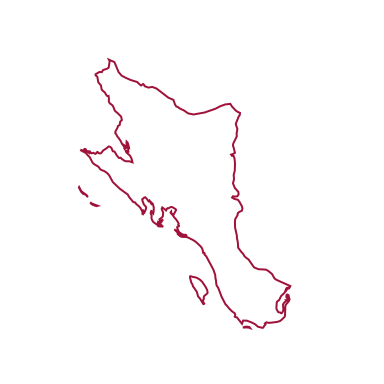 outline of Quintana Roo, rotated 118°
{"feature_id": "MEX-2736", "entity_name": "Quintana Roo", "entity_type": "State", "adm_level": 1, "iso_a3": "MEX", "parent_name": "Mexico", "parent_adm1": "", "projection": "albers", "projection_center": [-87.753, 19.756], "detail": "fine", "context": "isolated", "style": "outline", "palette": "rose", "viewbox_px": 384, "rotation_deg": 118, "n_neighbors": 0, "source": "natural_earth", "source_scale": "10m", "svg_char_len": 6080}
<svg xmlns="http://www.w3.org/2000/svg" viewBox="0 0 384 384"><g transform="rotate(118 192 192)"><path d="M168.5,288.4L166.9,287.3L163.5,288.4L161.4,287.7L158.7,290.0L157.2,294.9L156.7,297.7L155.8,299.1L153.6,301.6L152.9,302.8L152.2,306.4L151.5,307.6L150.6,308.2L148.5,309.2L146.5,310.7L146.8,310.9L147.0,312.0L146.8,312.8L145.0,315.8L144.3,319.1L143.6,320.2L140.7,322.3L139.3,325.9L138.6,326.7L135.0,329.4L134.6,330.0L134.3,331.6L133.9,332.2L133.2,332.4L129.4,330.0L128.5,327.9L126.1,327.8L122.7,324.6L121.2,324.0L115.2,326.1L114.2,327.5L113.7,321.5L120.6,313.1L122.3,308.7L122.3,304.0L121.9,298.7L120.6,292.0L121.6,288.7L121.8,286.9L119.6,285.9L119.9,284.6L120.8,283.5L120.3,279.6L117.9,276.4L117.3,271.9L119.8,257.2L119.4,251.6L122.7,248.1L123.8,246.2L123.6,243.6L124.0,242.5L123.8,237.0L124.4,232.3L122.8,227.0L115.9,218.2L107.5,210.4L103.0,207.3L99.1,203.8L96.2,199.5L97.7,196.9L99.5,191.7L99.8,189.3L99.6,186.8L101.4,186.0L103.8,186.2L111.4,185.3L115.1,181.5L119.6,180.0L121.8,178.6L129.7,178.3L130.9,178.0L132.1,177.4L132.7,176.6L137.2,172.5L139.0,173.5L140.6,175.0L141.3,173.7L140.7,172.2L142.3,170.3L146.5,167.5L153.2,164.2L157.2,163.3L161.0,160.9L165.1,159.9L168.3,156.1L170.2,151.1L172.1,149.8L174.4,149.9L175.8,151.7L176.5,153.8L178.1,154.0L178.2,151.1L177.3,147.9L178.4,145.5L181.2,141.2L182.9,139.7L185.2,139.2L187.1,140.7L189.1,141.6L191.3,140.9L195.6,141.1L197.4,140.5L203.3,137.2L209.1,132.2L211.5,130.7L215.2,127.7L219.5,125.1L221.7,120.5L222.6,117.8L224.1,115.4L224.7,113.1L225.0,110.5L229.4,101.9L229.0,97.2L225.8,90.2L225.9,87.4L226.9,82.7L229.6,78.6L229.9,76.1L228.9,61.0L231.5,61.0L232.6,62.3L233.5,62.4L232.6,62.9L232.2,62.9L232.0,62.4L231.5,62.4L232.2,63.3L233.5,63.4L236.6,63.0L238.1,63.2L242.1,64.5L246.4,64.3L248.7,65.4L250.0,65.2L255.1,62.9L255.8,62.2L257.6,59.4L257.0,57.5L257.2,56.5L257.0,56.1L256.0,55.7L254.4,55.7L252.7,56.2L248.7,58.8L247.0,58.8L244.0,57.8L243.5,58.3L243.1,56.8L241.9,57.4L240.1,58.9L238.7,59.4L238.9,59.8L239.2,59.9L238.5,60.2L238.0,60.0L237.7,59.3L237.8,58.4L241.1,55.4L243.3,55.3L247.6,56.3L249.6,55.7L257.3,51.9L258.8,51.6L263.6,53.2L264.8,53.9L266.8,55.9L270.6,61.3L271.7,63.3L272.0,64.9L272.4,65.3L273.8,65.9L274.1,65.0L274.7,64.9L276.2,65.4L278.0,65.4L278.8,65.8L280.0,70.5L279.1,74.4L279.2,78.1L279.8,83.0L281.5,86.5L284.9,86.0L281.6,93.5L282.1,95.1L282.0,95.7L281.5,95.6L279.7,96.5L279.0,97.4L278.6,100.6L277.4,104.6L275.7,108.5L275.7,109.3L270.9,116.3L264.4,123.8L263.0,126.3L262.2,127.1L258.4,129.6L257.3,130.7L254.3,132.6L250.5,136.7L242.1,149.2L241.3,151.7L240.4,151.9L240.0,152.4L240.0,153.1L240.4,153.7L238.2,155.3L236.7,157.2L235.8,159.4L234.2,165.4L233.9,168.6L234.1,174.9L234.7,176.6L236.3,179.7L236.6,181.3L236.5,182.1L235.9,184.8L234.6,185.7L233.3,190.0L233.2,186.1L233.4,185.7L234.2,185.7L234.7,185.1L235.2,184.9L235.6,184.2L235.8,180.3L234.6,179.2L233.9,176.6L233.4,176.4L232.9,176.6L232.7,177.2L232.8,177.8L233.7,179.0L233.9,181.4L233.7,183.2L235.1,182.1L232.1,186.6L230.1,188.6L229.5,188.6L228.4,187.5L227.8,187.7L227.3,188.8L226.2,188.9L224.8,191.0L223.5,193.6L222.8,195.7L221.5,198.1L220.7,200.5L220.0,201.4L219.1,201.2L219.9,200.7L220.6,199.7L221.0,198.6L220.5,197.6L215.3,197.6L214.8,198.5L214.6,201.6L214.7,202.8L215.5,203.9L217.5,205.2L217.7,205.9L218.2,206.2L220.5,206.3L220.1,207.5L219.6,211.0L221.0,210.9L221.9,210.1L223.5,207.9L227.3,206.3L229.3,206.9L231.2,207.9L231.7,207.7L232.2,206.3L232.8,206.3L233.7,206.9L234.2,206.3L235.1,206.9L234.2,207.4L234.2,207.9L236.1,207.4L237.1,205.9L237.2,204.5L236.1,204.3L236.5,205.1L236.6,205.6L235.9,205.9L233.7,205.9L231.7,205.6L229.8,204.8L231.3,204.8L235.6,205.3L235.5,204.4L236.0,202.5L236.1,201.2L238.1,205.6L237.3,207.1L236.7,212.0L235.9,213.5L234.9,214.8L233.7,215.8L232.0,216.4L230.1,218.5L229.4,218.8L226.9,219.2L228.2,218.8L228.7,218.1L229.3,216.1L226.8,216.9L223.6,218.5L220.9,221.0L220.1,223.9L220.6,223.9L221.1,222.4L221.5,222.4L220.9,223.5L219.9,224.7L219.4,225.6L220.6,226.0L219.1,229.1L218.6,230.8L219.4,231.6L220.7,231.9L221.3,232.5L222.1,232.4L223.5,231.1L225.4,228.9L226.1,227.5L226.4,226.2L227.2,225.2L228.9,224.7L232.2,224.4L230.8,227.5L233.3,225.0L234.7,224.9L234.7,225.4L233.3,226.1L232.1,227.3L230.3,230.1L229.6,231.9L228.7,235.9L227.9,237.3L228.5,239.0L226.0,245.1L224.4,247.5L223.0,257.4L220.4,266.6L216.1,273.1L215.1,275.8L214.7,279.1L215.1,282.4L214.9,284.0L214.0,285.5L213.6,286.7L213.3,292.0L212.7,293.7L209.2,298.8L208.6,301.1L207.6,303.4L207.4,304.6L207.4,309.5L206.9,309.5L206.4,305.9L205.2,307.3L204.4,307.0L204.1,306.0L205.3,304.5L205.7,302.6L205.9,299.7L205.3,301.2L204.5,302.3L204.1,301.4L204.7,299.9L204.9,298.7L203.7,297.4L203.8,295.6L203.5,295.0L201.5,294.6L201.0,294.2L201.1,293.6L201.6,293.0L201.0,291.0L200.3,290.5L197.0,289.9L193.2,287.8L191.5,287.3L190.8,286.8L190.6,285.6L190.8,284.0L193.2,281.1L192.7,279.5L193.5,277.9L194.6,276.4L196.0,273.3L196.2,272.4L195.2,271.1L195.7,269.8L196.1,266.7L196.0,265.1L194.2,261.5L193.8,258.5L192.2,259.8L190.4,261.7L189.0,263.9L187.9,268.3L187.3,269.3L186.7,269.8L186.2,269.2L186.8,266.4L185.7,267.8L184.5,268.2L182.8,268.2L182.2,268.6L178.7,271.9L178.2,273.4L179.6,272.8L181.0,271.6L182.2,270.2L183.0,268.7L183.5,270.0L182.6,271.9L182.5,273.4L183.5,272.1L184.2,271.5L184.9,271.3L185.6,271.7L185.2,272.3L184.0,272.9L182.3,276.5L180.6,278.7L178.6,282.4L178.3,283.6L176.7,285.9L176.1,287.3L175.0,287.6L174.7,288.0L169.8,288.0L168.5,288.4ZM284.2,130.1L284.8,128.8L285.1,128.8L285.5,129.0L285.6,129.5L282.2,135.2L281.3,137.7L278.0,140.7L275.5,145.4L274.8,147.0L273.5,148.0L272.9,149.2L272.3,150.1L268.6,153.5L267.4,154.1L266.9,153.4L266.7,151.9L265.7,148.7L265.5,147.0L265.7,143.8L266.5,140.9L269.3,135.6L271.5,132.5L273.7,130.9L274.3,130.9L278.5,132.5L279.4,132.2L281.0,131.3L281.9,131.5L283.1,131.0L284.2,130.1ZM244.1,284.2L244.5,282.9L245.6,281.6L244.3,284.2L244.7,287.5L243.8,290.1L241.1,294.0L240.6,294.0L243.2,290.2L243.6,288.3L244.1,284.2ZM248.4,268.7L249.4,269.8L249.9,273.4L249.8,275.3L248.9,277.0L249.2,274.8L248.4,268.7ZM287.8,83.4L286.4,82.3L285.0,80.1L284.3,77.8L284.9,76.7L285.1,78.3L285.9,80.1L287.8,83.4Z" fill="none" stroke="#9f1239" stroke-width="2"/></g></svg>